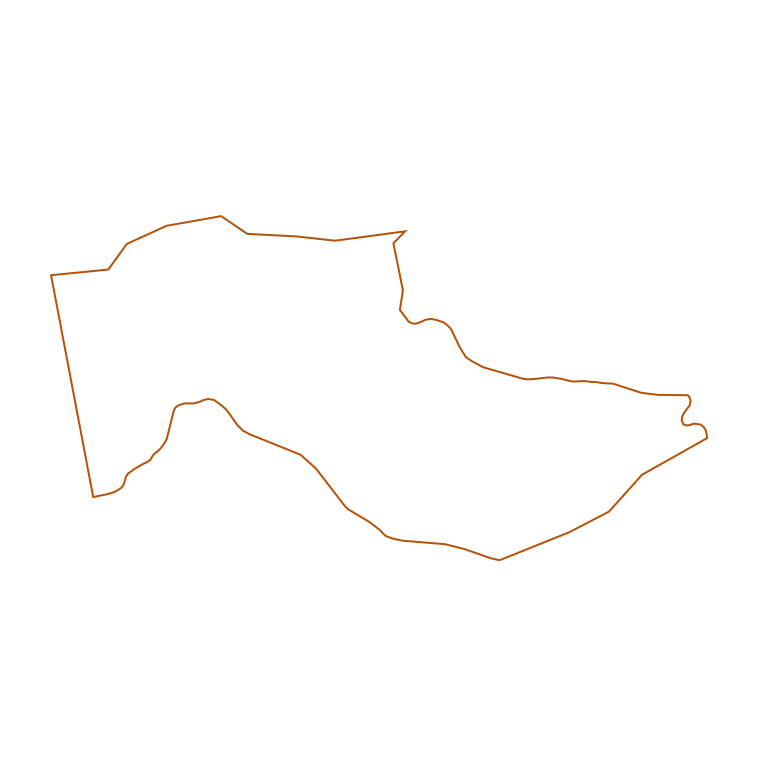 an SVG outline of Lélouma, rotated 260°
{"feature_id": "GIN-5649", "entity_name": "Lélouma", "entity_type": "Prefecture", "adm_level": 1, "iso_a3": "GIN", "parent_name": "Guinea", "parent_adm1": "", "projection": "robinson", "projection_center": [-12.765, 11.356], "detail": "fine", "context": "isolated", "style": "outline", "palette": "amber", "viewbox_px": 768, "rotation_deg": 260, "n_neighbors": 0, "source": "natural_earth", "source_scale": "10m", "svg_char_len": 1518}
<svg xmlns="http://www.w3.org/2000/svg" viewBox="0 0 768 768"><g transform="rotate(260 384 384)"><path d="M274.6,692.8L249.8,622.3L219.3,583.5L205.8,540.5L190.4,467.2L193.9,458.8L207.8,433.9L215.6,416.4L226.5,375.0L230.3,365.6L234.0,359.3L237.1,357.0L240.4,355.0L250.0,346.3L267.0,326.8L270.1,324.5L312.4,302.4L328.9,289.4L358.0,242.7L362.4,237.1L369.0,232.5L385.0,224.9L390.1,221.2L397.7,214.0L399.8,208.2L399.6,203.8L398.4,199.0L397.9,193.4L399.5,184.3L398.9,178.6L397.0,174.4L393.7,172.1L367.6,160.5L364.7,158.2L361.8,155.5L359.1,152.5L357.0,149.3L355.5,146.3L354.0,144.2L349.8,140.6L348.2,136.9L347.0,132.5L343.9,124.0L340.3,116.5L337.6,113.8L330.3,110.3L327.5,107.5L325.7,103.4L324.4,99.5L323.5,92.4L323.2,78.0L549.0,75.0L544.6,132.4L566.6,155.0L577.6,197.6L577.6,252.8L555.6,275.4L544.6,323.1L533.6,360.8L530.7,431.3L520.9,417.7L473.1,418.9L454.2,412.5L440.8,419.3L438.1,423.9L438.0,428.0L440.1,436.4L439.9,441.6L438.0,446.7L434.3,453.5L430.5,456.9L426.6,459.5L406.6,465.1L396.1,469.4L390.6,475.2L383.3,484.5L365.1,521.6L363.8,525.8L363.0,530.7L362.0,546.3L361.2,551.0L358.4,559.3L355.0,566.7L353.6,570.6L352.4,579.9L351.5,584.2L350.1,588.1L349.3,592.4L346.7,600.2L344.6,609.5L330.7,635.7L325.6,652.4L320.2,681.1L319.5,681.7L317.7,682.5L314.9,683.0L312.1,682.4L310.4,681.6L309.7,681.1L303.2,674.2L299.9,671.9L296.4,670.8L292.1,671.9L290.6,675.1L290.4,678.4L290.9,680.2L291.1,681.8L290.7,683.8L289.1,688.7L286.2,691.3L282.2,692.9L278.3,693.0L274.6,692.8Z" fill="none" stroke="#b45309" stroke-width="2"/></g></svg>